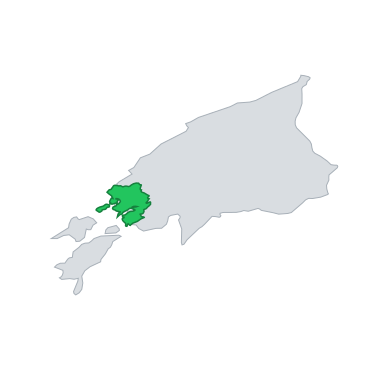 Estonia, with Lääne highlighted, rotated 333°
{"feature_id": "EST-1661", "entity_name": "Lääne", "entity_type": "County", "adm_level": 1, "iso_a3": "EST", "parent_name": "Estonia", "parent_adm1": "", "projection": "equal_earth", "projection_center": [23.689, 58.901], "detail": "fine", "context": "in_parent", "style": "filled", "palette": "green", "viewbox_px": 384, "rotation_deg": 333, "n_neighbors": 0, "source": "natural_earth", "source_scale": "10m", "svg_char_len": 5434}
<svg xmlns="http://www.w3.org/2000/svg" viewBox="0 0 384 384"><g transform="rotate(333 192 192)"><path d="M312.7,255.6L311.4,255.8L304.3,255.0L296.4,252.5L293.0,250.6L289.6,250.6L285.6,251.9L271.2,255.4L267.6,254.6L259.2,251.1L254.9,247.3L245.4,239.8L244.6,238.0L243.4,236.6L233.4,234.7L229.7,232.0L226.6,231.6L222.1,230.2L210.3,224.3L207.4,223.7L206.7,224.7L207.0,226.1L206.2,226.9L204.8,226.9L202.0,224.7L198.8,222.8L188.7,226.4L185.1,227.4L181.9,227.6L166.0,232.3L161.1,234.9L159.1,234.6L159.6,232.2L166.1,220.2L167.3,210.8L169.7,209.5L170.4,208.2L169.3,205.2L162.4,203.2L159.7,203.5L157.2,206.7L154.6,209.1L148.5,210.5L143.3,208.0L131.1,204.8L128.0,200.4L127.2,196.0L120.8,191.8L118.1,186.8L119.2,183.3L125.0,181.0L126.7,179.0L119.3,179.3L117.8,178.9L117.5,177.1L114.3,171.0L117.1,168.6L118.4,166.3L116.1,164.3L116.7,162.1L118.5,159.8L117.4,154.6L124.7,151.8L131.8,149.8L146.7,148.8L145.3,144.0L151.3,143.8L161.5,138.1L171.6,139.1L186.2,135.2L214.3,135.2L218.1,132.9L217.4,130.7L217.4,128.2L222.7,128.9L231.6,128.5L264.8,133.3L272.9,133.3L284.3,138.1L290.5,139.4L308.4,139.4L336.2,141.6L341.5,138.3L342.0,137.4L344.7,139.2L348.2,142.2L349.1,143.9L348.0,144.9L344.7,145.8L344.0,146.7L342.6,148.2L338.7,148.5L336.7,149.7L334.5,154.7L330.2,163.1L323.6,169.6L318.3,173.1L316.0,175.8L314.5,179.0L314.3,182.3L320.1,200.2L320.1,203.5L319.0,206.8L318.2,210.3L319.0,213.2L322.6,218.3L326.5,225.8L328.2,230.7L330.7,232.5L333.1,233.8L333.6,234.6L333.5,235.4L332.4,236.4L321.8,239.0L320.5,241.1L319.4,243.5L314.9,247.1L313.5,250.4L312.7,254.2L312.7,255.6ZM73.4,189.0L76.9,190.5L80.2,190.0L83.6,189.0L90.8,189.9L107.2,197.3L108.7,199.3L98.9,200.2L96.6,202.5L94.3,204.1L91.5,204.6L86.7,207.8L80.2,210.8L78.9,212.7L67.2,212.3L60.8,213.5L55.6,216.9L53.4,223.5L49.6,228.7L45.7,230.6L41.7,230.9L40.8,228.9L41.2,227.0L49.7,219.7L51.5,217.3L47.3,216.2L43.8,213.7L36.2,210.7L34.9,208.3L36.7,208.2L38.4,207.5L40.5,205.5L41.4,203.2L35.4,196.5L38.6,195.5L42.4,195.7L46.4,197.7L50.8,195.4L52.7,195.0L55.7,195.9L58.9,191.4L66.2,190.0L69.9,188.6L73.4,189.0ZM88.8,176.6L84.7,179.6L82.3,178.4L81.0,177.0L75.6,183.7L69.7,184.9L66.2,183.5L66.5,181.0L63.2,174.4L58.0,172.5L50.8,172.3L45.5,169.6L65.8,167.8L68.0,164.7L72.1,161.4L75.2,161.0L77.9,161.8L78.3,164.3L79.0,165.4L88.2,166.8L91.8,171.1L93.1,176.2L88.8,176.6ZM109.8,193.3L105.6,193.9L95.7,189.6L98.0,186.7L100.9,185.6L109.3,187.4L110.4,191.8L109.8,193.3Z" fill="#d9dde1" stroke="#a8b0b8" stroke-width="1"/><path d="M121.9,193.7L121.3,193.2L121.0,192.4L120.9,191.7L120.7,191.3L119.9,191.5L119.3,192.1L118.9,192.7L118.4,193.0L117.7,192.6L117.5,192.0L117.8,191.3L118.3,190.7L118.5,190.1L118.3,188.9L117.7,187.5L117.3,185.9L117.5,184.5L118.0,183.9L118.4,183.9L119.4,184.1L119.8,184.0L120.0,183.7L120.0,183.4L119.1,182.9L119.0,182.1L119.3,181.4L120.0,181.4L121.9,182.0L123.7,181.8L125.6,181.3L127.5,181.2L128.5,181.4L130.4,182.2L131.3,182.4L132.8,182.4L132.9,182.2L133.0,181.8L132.9,181.4L132.6,181.2L131.8,180.9L131.6,180.3L131.9,179.6L132.6,179.1L133.5,179.2L135.4,179.9L136.4,180.0L135.0,179.0L133.4,178.3L131.9,178.2L130.5,179.1L129.6,178.4L128.6,178.3L126.5,178.7L122.8,178.6L121.7,178.7L120.7,179.1L120.2,179.4L119.8,179.7L119.5,179.8L117.9,179.5L116.9,179.6L114.1,180.4L116.0,178.2L116.9,177.7L118.6,177.5L119.0,177.1L115.8,174.4L115.4,173.3L113.8,171.7L113.8,170.5L114.8,169.6L118.2,169.8L119.3,168.8L120.1,169.2L121.0,169.2L121.9,169.0L123.5,168.2L123.9,167.9L124.0,167.5L124.1,166.8L123.7,165.3L122.9,164.3L121.8,163.6L120.7,163.1L121.3,163.9L122.8,164.8L123.4,165.6L123.0,165.7L122.0,165.8L121.7,166.0L120.7,166.8L120.6,167.0L120.6,167.3L120.3,168.0L119.8,168.1L119.5,167.8L119.3,167.4L118.9,167.2L115.7,166.7L114.4,166.0L113.1,164.7L113.4,164.8L114.1,164.7L114.5,164.7L114.1,163.6L114.4,162.9L116.7,161.3L117.2,161.0L117.7,161.1L118.6,161.9L118.6,158.8L117.0,155.8L116.2,153.6L119.0,152.5L119.5,152.5L120.6,152.8L121.2,152.9L121.6,152.7L122.3,152.2L123.4,151.8L124.1,151.3L124.8,150.9L125.8,150.8L128.4,152.4L128.6,152.4L128.6,152.5L129.4,153.3L131.0,153.9L131.6,154.5L132.4,155.7L133.0,156.1L134.6,156.3L135.7,156.7L136.4,157.1L138.0,158.4L139.2,158.6L139.7,158.5L141.0,158.2L143.7,158.1L146.3,158.7L148.4,159.9L148.5,160.2L148.6,160.6L148.5,161.0L148.7,161.6L149.2,162.0L149.8,162.4L150.0,162.6L150.0,162.8L149.8,163.0L147.9,164.8L147.6,165.2L147.3,165.6L147.1,166.2L147.1,166.5L147.3,166.8L147.9,167.2L146.9,168.4L147.1,169.2L149.0,171.2L151.0,174.4L151.5,175.1L152.0,175.6L152.0,176.0L151.5,176.3L150.1,176.7L149.8,177.1L149.8,177.6L150.0,178.1L150.7,178.6L148.6,179.7L148.2,180.1L146.4,180.6L146.2,181.2L146.5,181.5L147.4,181.7L149.7,181.7L150.3,181.9L150.4,182.2L150.3,182.6L149.4,184.2L147.0,185.0L145.7,185.2L143.8,186.0L143.0,186.0L141.3,185.8L140.9,185.9L140.8,186.3L140.7,186.8L140.4,187.5L139.3,188.5L138.5,188.8L137.6,188.8L136.3,188.3L135.7,188.2L135.6,188.5L135.7,188.8L135.8,189.0L135.9,189.3L135.9,189.5L135.7,189.8L135.7,190.2L135.9,191.1L137.6,192.3L137.8,192.5L137.8,193.0L133.9,192.8L130.0,193.4L125.2,192.9L124.4,193.0L122.0,193.6L121.9,193.7L121.9,193.7ZM110.9,164.5L112.2,165.8L112.4,166.5L111.9,167.4L111.4,167.7L110.8,167.6L110.2,167.3L109.7,167.2L109.1,167.3L107.6,168.0L106.6,168.0L104.9,167.4L103.8,167.2L103.6,167.3L103.4,167.6L103.2,167.9L101.4,168.2L100.8,168.1L100.1,167.8L98.7,165.3L98.4,165.0L98.6,164.2L99.3,163.8L100.1,163.6L101.2,163.5L103.1,163.6L106.6,164.3L108.8,163.9L109.9,163.9L110.9,164.5Z" fill="#22c55e" stroke="#15803d" stroke-width="1.5"/></g></svg>